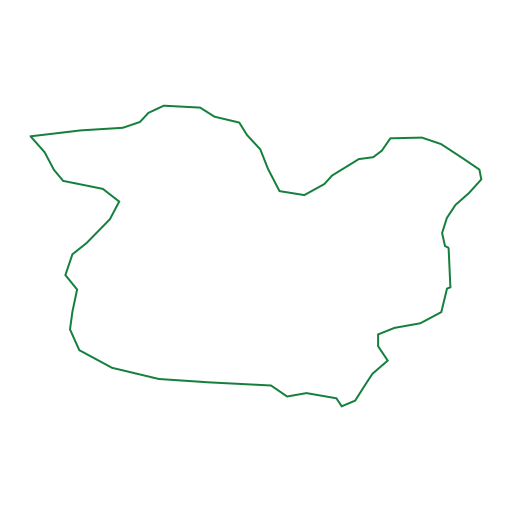 the district of Trollhättan, Västra Götaland, Sweden
{"feature_id": "70781695B47342349503328", "entity_name": "Trollhättan", "entity_type": "district", "adm_level": 2, "iso_a3": "SWE", "parent_name": "Sweden", "parent_adm1": "Västra Götaland", "projection": "robinson", "projection_center": [12.405, 58.23], "detail": "fine", "context": "isolated", "style": "outline", "palette": "green", "viewbox_px": 512, "rotation_deg": 0, "n_neighbors": 0, "source": "geoboundaries", "source_scale": "gbopen_adm2", "svg_char_len": 918}
<svg xmlns="http://www.w3.org/2000/svg" viewBox="0 0 512 512"><path d="M341.7,406.3L355.2,400.6L364.7,385.6L372.4,373.8L387.7,360.6L378.1,346.2L378.1,334.4L394.4,327.9L420.2,323.3L441.3,312.1L447.0,288.6L450.4,287.3L448.6,247.9L448.8,247.9L445.0,246.0L442.1,233.0L446.9,217.9L455.5,204.9L468.9,193.1L481.3,179.4L479.4,169.6L463.1,158.5L441.1,144.1L421.9,137.6L390.9,138.3L390.4,138.3L381.8,150.7L373.2,157.2L358.8,159.1L332.1,175.5L324.4,184.0L304.3,195.1L279.5,191.1L268.0,168.9L260.3,149.4L247.0,135.0L239.3,122.6L214.5,116.7L200.1,107.6L163.8,105.7L148.5,112.8L139.9,122.0L122.7,127.8L80.6,130.4L30.7,136.3L30.7,136.5L44.6,152.2L53.9,169.8L63.2,180.9L102.9,188.9L119.2,201.6L109.9,219.2L86.5,243.1L72.4,254.3L65.4,275.1L77.1,289.5L72.4,311.8L70.0,329.4L79.3,350.2L112.0,367.8L158.8,379.0L207.9,382.3L271.0,385.5L287.1,396.5L306.5,393.1L336.4,398.3L341.7,406.3Z" fill="none" stroke="#15803d" stroke-width="2"/></svg>